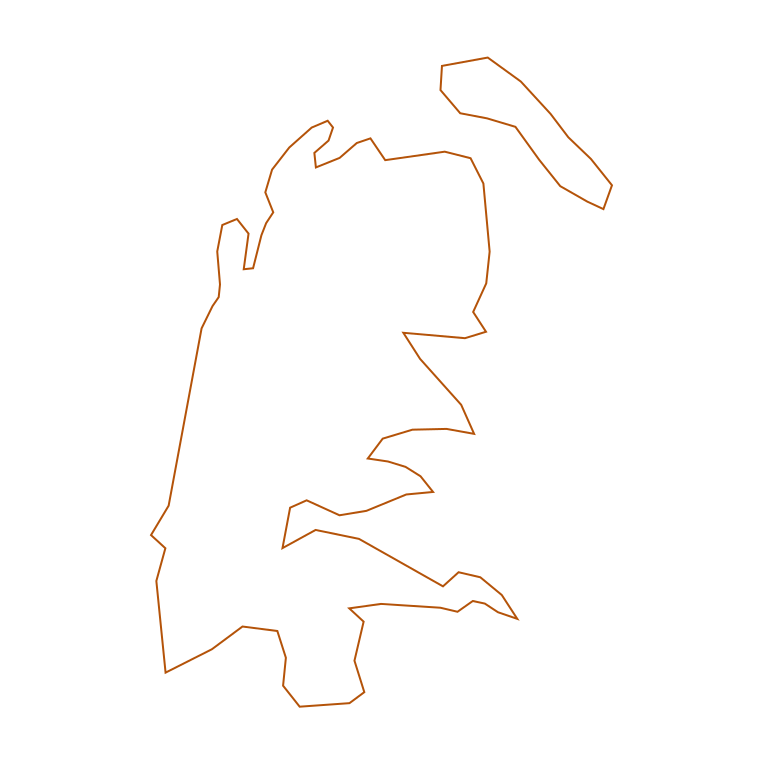 map outline of Kusini-Pemba (Robinson projection), rotated 174°
{"feature_id": "TZA-3381", "entity_name": "Kusini-Pemba", "entity_type": "Region", "adm_level": 1, "iso_a3": "TZA", "parent_name": "United Republic of Tanzania", "parent_adm1": "", "projection": "robinson", "projection_center": [39.716, -5.317], "detail": "fine", "context": "isolated", "style": "outline", "palette": "amber", "viewbox_px": 768, "rotation_deg": 174, "n_neighbors": 0, "source": "natural_earth", "source_scale": "10m", "svg_char_len": 1339}
<svg xmlns="http://www.w3.org/2000/svg" viewBox="0 0 768 768"><g transform="rotate(174 384 384)"><path d="M631.4,119.8L631.0,211.9L618.6,243.5L631.5,258.1L610.9,285.5L559.6,458.4L546.4,479.4L539.3,487.7L536.7,500.1L536.0,533.2L528.2,559.0L513.0,563.5L503.0,547.7L511.5,512.8L502.1,512.8L490.4,544.7L484.4,556.3L476.2,566.3L482.0,587.0L472.9,608.9L453.5,629.1L429.1,646.6L412.5,651.7L407.9,644.4L413.7,631.9L429.1,621.1L429.1,606.5L404.5,613.5L385.9,626.5L371.8,629.7L359.4,606.5L299.3,608.7L274.3,599.5L264.2,573.0L265.1,504.6L271.8,473.4L287.8,446.3L277.1,425.3L298.7,421.1L359.4,432.9L345.5,405.2L309.4,355.2L299.6,325.0L326.5,332.8L360.5,335.6L391.0,329.8L407.9,311.6L388.1,306.5L371.2,299.3L357.3,288.4L346.5,271.5L373.4,271.8L414.7,259.7L442.0,258.1L473.1,276.4L490.3,270.8L502.1,231.4L467.3,246.0L425.1,232.6L346.5,176.6L329.5,189.0L308.4,181.7L288.9,161.8L276.0,136.5L294.5,145.1L306.7,155.1L318.4,158.9L334.7,149.8L351.3,155.6L410.0,165.6L442.0,164.5L429.1,149.8L442.3,111.9L435.8,79.6L451.7,70.2L501.6,71.9L515.9,94.5L510.2,122.0L515.9,149.5L550.1,157.6L582.9,138.2L631.4,119.8ZM147.5,535.0L162.7,544.1L188.0,562.3L206.2,590.7L226.4,626.0L253.7,637.4L279.9,645.3L297.1,670.4L293.1,694.3L246.7,697.8L216.3,670.5L190.1,635.2L174.9,610.1L154.7,586.2L136.5,557.8L147.5,535.0Z" fill="none" stroke="#b45309" stroke-width="2"/></g></svg>